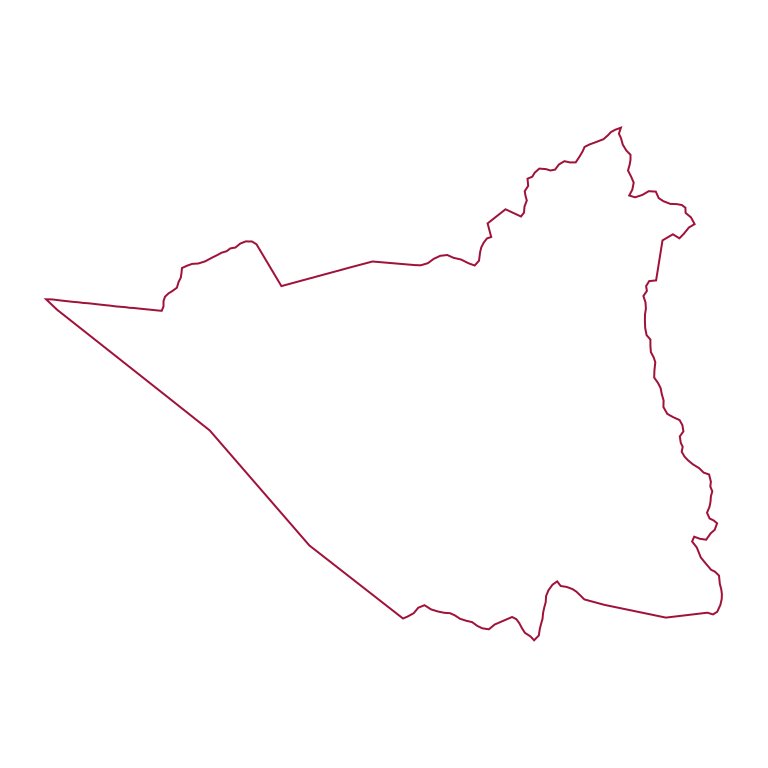 Santa Brígida, Bahia, Brazil (Albers equal-area conic projection)
{"feature_id": "56859067B14033654686733", "entity_name": "Santa Brígida", "entity_type": "district", "adm_level": 2, "iso_a3": "BRA", "parent_name": "Brazil", "parent_adm1": "Bahia", "projection": "albers", "projection_center": [-38.139, -9.755], "detail": "fine", "context": "isolated", "style": "outline", "palette": "rose", "viewbox_px": 768, "rotation_deg": 0, "n_neighbors": 0, "source": "geoboundaries", "source_scale": "gbopen_adm2", "svg_char_len": 3067}
<svg xmlns="http://www.w3.org/2000/svg" viewBox="0 0 768 768"><path d="M620.9,127.7L615.1,129.8L610.9,132.1L607.9,135.3L603.5,139.2L595.4,142.3L589.4,144.5L584.6,146.9L582.7,151.2L580.1,155.7L575.7,162.4L569.8,162.4L564.4,161.2L558.9,164.5L555.1,169.6L550.4,170.5L545.9,169.1L539.3,168.6L534.7,172.7L532.3,176.7L527.5,178.7L528.2,185.9L524.7,191.2L525.6,196.2L526.8,200.5L524.5,206.5L524.0,212.6L521.0,216.5L505.5,209.3L487.6,223.4L491.2,237.0L487.0,238.4L483.8,242.5L481.3,247.3L480.1,252.2L479.0,260.7L474.7,265.5L468.6,263.3L461.0,259.5L453.5,257.8L447.3,255.0L440.3,255.8L433.8,258.8L427.8,263.2L420.7,265.3L415.0,265.1L372.5,261.5L368.0,262.7L350.6,267.3L323.4,274.7L296.1,282.1L281.4,286.1L256.5,244.3L252.0,241.5L245.7,241.4L240.2,243.6L235.5,247.5L230.3,248.4L226.7,251.2L221.6,252.7L217.4,255.0L211.9,257.7L205.3,261.3L198.3,263.5L192.1,263.9L187.1,265.7L182.0,268.0L181.5,272.9L180.8,277.6L178.6,281.9L176.9,287.7L172.4,291.0L168.5,293.4L165.0,296.7L163.5,301.1L163.5,306.5L161.7,310.8L157.0,310.4L152.5,309.9L147.3,309.4L140.2,308.7L134.0,308.0L129.6,307.8L125.1,307.1L120.6,306.8L115.8,306.4L109.8,305.6L103.7,305.0L96.6,304.2L88.8,303.3L82.9,302.9L78.6,302.3L72.6,301.8L66.4,301.1L61.7,300.6L57.0,300.0L52.1,299.4L46.1,299.3L57.4,310.0L74.4,323.4L170.2,399.1L209.8,430.5L309.4,545.5L403.0,618.5L407.5,616.6L413.7,613.2L418.3,607.7L424.5,605.2L431.1,609.4L437.9,611.5L444.3,612.8L450.1,613.2L454.9,615.4L460.1,618.8L466.4,620.8L472.1,622.1L477.3,625.9L482.3,628.3L488.9,629.3L494.7,624.5L512.1,617.0L516.4,619.2L519.3,623.2L521.9,628.1L524.9,632.8L530.6,636.5L534.1,640.3L538.8,635.5L539.8,629.0L540.9,624.5L542.5,619.0L543.1,612.7L544.3,607.3L545.7,602.2L546.1,596.0L548.5,590.2L552.5,584.7L557.2,581.4L560.7,586.0L566.6,586.9L572.5,589.1L576.3,591.6L580.6,595.7L584.3,599.4L604.6,604.9L665.9,617.6L707.4,612.7L713.0,614.4L717.2,611.8L720.4,604.9L721.7,599.0L721.9,594.4L721.3,589.5L719.8,583.7L719.0,575.6L714.9,571.6L711.1,569.8L705.9,563.7L700.8,557.5L698.9,552.7L696.8,547.5L692.1,541.5L694.2,536.7L699.9,538.8L706.2,539.7L710.6,533.4L714.7,529.8L717.1,523.3L713.6,520.4L709.6,518.5L707.0,512.7L709.5,506.8L710.5,501.8L710.9,496.3L712.3,491.4L710.3,486.4L710.9,481.8L709.1,474.5L703.6,472.6L699.2,468.2L693.0,464.4L688.1,460.4L684.5,456.6L681.7,451.7L682.7,446.8L680.8,442.9L679.8,436.4L683.4,431.4L682.4,425.2L679.6,420.1L672.8,417.0L667.3,413.9L663.4,407.0L663.6,400.5L661.7,393.8L660.7,388.3L658.1,383.1L654.2,377.6L654.4,370.6L655.3,362.3L653.7,357.4L650.9,352.2L650.4,345.7L650.4,339.5L646.6,335.2L645.2,328.1L644.9,320.8L645.0,314.4L645.9,308.7L645.5,302.4L643.4,296.0L646.9,290.9L646.1,286.1L649.2,281.1L656.1,280.4L662.5,240.4L672.9,234.3L679.4,238.3L683.9,233.7L688.9,227.5L694.6,224.1L691.0,217.4L685.6,212.9L685.4,207.7L681.8,205.0L676.7,204.1L670.4,203.9L663.4,201.2L658.7,198.1L655.8,191.6L648.7,191.2L642.4,194.9L635.1,197.3L629.2,195.5L632.3,189.7L633.7,182.7L631.1,176.6L628.0,170.5L629.7,164.5L630.5,159.8L630.5,154.8L626.4,150.6L622.8,144.7L621.0,138.2L618.9,133.7L620.9,127.7Z" fill="none" stroke="#9f1239" stroke-width="2"/></svg>